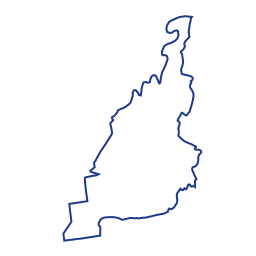 the district of Al-Mahmoudiya, Babil, Iraq, rotated 83°
{"feature_id": "34846034B92813694057989", "entity_name": "Al-Mahmoudiya", "entity_type": "district", "adm_level": 2, "iso_a3": "IRQ", "parent_name": "Iraq", "parent_adm1": "Babil", "projection": "natural_earth1", "projection_center": [44.202, 33.035], "detail": "fine", "context": "isolated", "style": "outline", "palette": "blue", "viewbox_px": 256, "rotation_deg": 83, "n_neighbors": 0, "source": "geoboundaries", "source_scale": "gbopen_adm2", "svg_char_len": 3437}
<svg xmlns="http://www.w3.org/2000/svg" viewBox="0 0 256 256"><g transform="rotate(83 128 128)"><path d="M100.1,120.9L100.8,121.2L102.5,122.2L103.1,122.5L103.7,122.9L104.6,124.3L104.9,124.8L106.4,127.4L107.2,129.2L107.6,130.0L108.0,132.0L108.3,133.2L108.7,134.3L109.3,135.9L110.4,136.4L111.0,136.8L111.5,137.1L112.5,138.1L114.1,139.9L114.8,141.2L115.4,142.7L116.8,142.5L117.8,142.0L118.7,141.9L119.8,143.4L120.4,144.4L121.5,145.1L124.8,144.7L126.5,144.5L131.1,144.4L132.6,145.2L136.1,148.0L139.3,150.6L144.2,154.8L148.3,158.4L153.0,161.8L156.4,164.2L158.4,166.0L162.9,165.9L165.9,170.6L167.0,170.2L170.3,162.8L171.1,165.1L171.2,168.9L171.7,174.8L171.9,176.6L173.7,177.1L184.2,177.4L195.7,177.2L195.8,180.8L196.2,195.5L204.4,195.6L214.1,195.6L225.0,205.0L232.0,205.0L232.0,203.3L232.0,186.4L231.5,171.5L231.4,168.7L226.0,168.0L222.8,167.5L221.3,168.7L221.1,168.9L218.6,168.7L214.9,165.6L214.0,162.4L214.1,158.5L214.7,153.1L216.2,148.5L218.4,145.0L218.2,141.9L217.5,136.9L218.4,132.7L218.4,131.4L218.4,130.8L218.4,130.0L218.7,129.6L218.9,129.3L219.0,128.9L218.9,126.7L218.8,125.2L219.1,122.1L218.6,116.6L218.5,115.6L217.9,111.1L217.3,102.5L216.0,98.7L213.7,97.7L213.0,97.0L213.9,94.7L212.3,91.9L208.4,88.6L206.0,87.9L200.4,87.8L198.3,86.8L196.1,84.6L194.6,83.5L196.2,82.1L196.3,80.7L195.3,80.1L194.7,79.1L195.8,78.3L195.9,77.8L194.3,76.4L192.8,75.9L191.7,75.1L191.4,74.0L192.0,73.3L193.2,73.1L193.8,72.3L193.7,69.8L194.7,68.7L190.6,68.2L189.0,68.0L188.0,67.5L187.8,67.4L187.1,66.3L184.9,67.1L177.5,69.4L175.7,69.2L174.8,68.4L174.2,65.6L173.1,64.6L172.2,63.5L172.0,63.3L170.1,62.6L167.7,62.0L166.1,62.0L165.0,61.5L163.6,61.1L162.7,60.1L161.8,58.8L160.9,58.2L159.9,58.3L158.9,59.0L158.4,59.8L157.9,62.4L157.5,63.9L156.4,64.0L155.3,62.8L154.9,62.7L151.6,67.4L149.8,70.8L148.2,73.3L145.5,76.0L144.9,76.5L144.4,76.9L143.1,78.0L141.9,79.0L140.1,78.4L137.4,77.9L134.6,78.2L133.2,77.5L130.2,76.2L128.6,76.1L127.6,76.8L126.9,77.8L126.0,77.6L119.4,72.8L119.8,71.9L122.0,69.8L122.7,68.5L121.1,66.8L119.7,65.2L115.2,63.0L110.2,61.0L107.9,60.1L106.9,60.0L105.8,59.4L102.4,58.8L99.4,59.5L98.0,60.0L96.6,60.9L95.1,61.3L93.6,61.3L92.4,60.9L91.5,60.0L90.9,59.6L89.8,59.9L89.3,60.1L88.8,59.2L88.3,58.3L87.6,57.9L86.2,57.7L84.8,58.6L84.0,59.9L83.0,62.6L81.7,66.1L81.0,67.9L78.9,68.2L76.9,68.3L74.9,67.5L72.3,66.2L70.2,65.5L68.6,65.3L66.6,65.2L64.0,65.3L62.6,65.3L61.0,65.5L60.2,65.9L59.3,66.4L58.4,66.0L57.6,64.5L56.4,63.3L55.0,62.1L53.7,61.6L53.3,61.6L52.1,61.9L51.0,61.8L49.3,60.9L48.5,60.0L46.0,57.0L45.2,56.0L42.7,56.0L40.2,56.1L38.1,55.6L36.6,55.1L34.5,54.6L32.1,54.0L30.2,53.2L28.6,52.6L27.3,52.5L25.5,51.0L24.0,57.7L24.0,58.0L24.2,63.7L25.3,67.5L26.2,70.3L27.2,73.1L27.6,74.2L31.1,76.8L34.0,77.8L37.2,77.6L38.6,75.4L38.9,73.2L37.3,70.2L37.0,68.1L37.0,67.8L38.0,66.6L42.4,66.6L43.6,67.3L45.0,68.0L47.1,70.4L48.6,74.3L49.4,78.3L50.1,80.0L50.6,81.1L51.2,82.0L51.5,82.3L53.2,83.3L56.4,85.1L59.3,85.2L60.2,84.0L60.2,82.2L61.2,80.7L64.1,80.2L66.3,81.1L70.0,83.0L71.6,83.9L75.9,86.7L76.8,87.3L80.5,88.7L83.4,89.6L85.4,90.0L87.3,90.8L87.6,91.5L86.8,91.8L84.6,92.4L82.0,93.2L79.8,94.0L78.7,95.4L79.0,97.5L80.3,98.7L82.4,99.9L82.6,100.0L85.0,100.6L85.5,101.8L85.3,103.5L84.4,104.8L84.5,106.1L84.5,106.7L85.5,107.5L87.1,108.3L90.6,109.7L93.3,110.3L94.2,110.5L95.8,110.9L97.2,111.3L96.7,113.0L96.1,113.1L95.1,113.5L94.1,113.8L91.3,115.9L91.2,117.1L92.0,118.2L93.5,119.0L96.0,119.2L97.9,120.0L100.1,120.9Z" fill="none" stroke="#1e3a8a" stroke-width="2"/></g></svg>